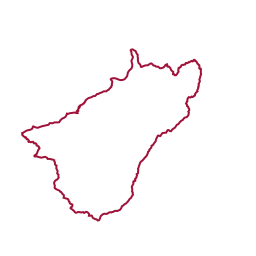 Chiang Klang, Nan, Thailand, rotated 324°
{"feature_id": "78962969B24859706501425", "entity_name": "Chiang Klang", "entity_type": "district", "adm_level": 2, "iso_a3": "THA", "parent_name": "Thailand", "parent_adm1": "Nan", "projection": "albers", "projection_center": [100.906, 19.299], "detail": "fine", "context": "isolated", "style": "outline", "palette": "rose", "viewbox_px": 256, "rotation_deg": 324, "n_neighbors": 0, "source": "geoboundaries", "source_scale": "gbopen_adm2", "svg_char_len": 5752}
<svg xmlns="http://www.w3.org/2000/svg" viewBox="0 0 256 256"><g transform="rotate(324 128 128)"><path d="M197.0,99.3L195.0,99.1L193.8,99.7L191.7,99.8L189.7,99.0L188.9,98.3L188.5,96.3L186.8,94.8L186.3,93.3L185.4,92.5L185.1,90.2L184.7,89.4L183.9,89.0L180.9,88.9L178.9,87.6L177.0,87.0L175.1,86.7L174.5,86.3L174.4,85.8L174.9,85.0L175.1,83.9L175.1,83.2L174.8,82.2L174.8,81.4L175.8,79.0L177.3,77.0L177.8,75.8L178.9,74.5L178.7,73.0L179.3,70.7L179.3,70.0L178.4,68.5L178.1,67.3L177.8,67.0L176.8,66.5L175.9,66.6L175.7,66.9L175.4,68.6L174.3,70.4L174.0,71.2L173.9,73.0L173.5,73.8L170.7,75.4L170.1,75.8L168.9,79.0L167.7,80.6L165.8,81.9L162.9,82.2L160.6,83.0L158.3,85.1L157.1,85.8L153.9,86.5L152.9,86.3L151.0,85.5L149.8,84.6L147.0,80.4L145.3,79.0L143.3,78.2L142.8,78.3L142.6,78.6L142.7,81.0L142.3,81.6L140.7,83.0L140.0,84.1L139.2,84.3L138.6,85.0L137.6,85.0L136.9,85.3L136.1,85.3L135.1,85.7L133.1,85.4L132.2,85.6L129.7,84.0L127.7,83.8L125.5,83.1L124.3,83.1L123.0,82.3L120.4,82.8L118.5,81.8L116.1,81.5L114.1,80.7L112.5,80.5L109.9,80.7L109.5,81.2L108.9,81.3L108.7,81.6L108.0,81.6L107.5,82.0L106.8,81.9L106.6,82.2L105.9,82.0L104.7,82.2L103.7,81.7L103.2,81.7L101.9,82.3L101.8,82.0L101.6,82.2L101.4,82.1L101.2,82.4L100.8,82.1L100.7,82.4L99.9,82.5L99.7,82.9L99.8,83.2L99.1,83.3L98.3,84.1L98.0,83.9L97.7,84.2L97.2,84.1L96.5,84.3L96.6,84.7L97.2,85.2L96.0,85.6L95.9,86.2L94.9,85.5L94.2,84.4L93.5,83.9L89.7,81.9L88.3,81.5L88.0,81.2L87.5,81.2L87.0,80.5L85.5,81.6L84.5,82.0L84.2,82.2L81.8,82.1L80.5,81.7L77.9,82.0L76.0,82.8L75.4,82.8L71.7,80.2L69.9,79.9L67.7,78.1L67.1,78.1L65.9,78.7L65.4,78.6L59.4,76.0L55.2,74.8L54.2,73.9L53.5,73.0L52.3,71.0L51.9,71.0L50.4,72.1L49.6,72.3L48.1,72.0L44.5,70.5L40.8,70.2L39.3,69.9L39.2,70.9L38.4,71.4L38.3,71.8L38.8,73.5L39.0,74.9L39.8,75.2L39.9,75.5L39.9,76.1L39.5,76.6L39.5,77.5L40.1,77.8L40.4,78.5L40.4,79.7L39.5,80.2L39.5,81.0L40.3,81.4L41.1,82.5L42.0,82.7L43.0,83.3L42.9,83.9L43.2,84.3L42.9,84.7L42.9,85.1L44.2,86.1L44.5,86.7L43.8,88.4L44.3,88.7L44.4,89.5L44.9,90.5L44.5,91.3L44.6,92.2L44.3,92.6L43.1,92.8L41.8,93.4L39.0,95.3L36.3,95.3L35.8,95.6L35.7,96.0L36.1,96.5L37.6,97.3L37.9,98.0L39.0,99.5L39.8,100.2L40.3,101.0L44.0,102.6L45.0,104.5L44.8,105.5L44.8,105.8L47.1,107.5L47.6,108.5L48.4,109.1L49.1,110.1L49.4,110.8L48.8,111.5L48.8,112.5L47.6,114.5L47.6,115.3L48.1,116.4L47.4,117.0L47.0,117.7L46.2,118.6L46.1,119.9L45.6,121.7L44.0,123.1L44.3,125.0L43.8,125.4L43.0,126.5L42.8,127.4L40.8,128.0L40.2,128.1L39.7,127.8L38.0,127.9L36.2,128.7L35.8,129.1L34.8,131.8L33.5,133.2L33.4,133.8L33.8,134.5L33.9,135.3L35.8,138.5L35.7,139.8L36.2,140.3L36.3,140.9L36.2,142.9L36.6,144.0L36.6,144.8L35.3,146.3L34.9,146.6L37.4,149.8L37.7,150.6L37.6,151.3L37.1,152.2L37.3,153.5L36.8,154.0L36.7,154.5L36.9,155.5L37.9,156.9L37.9,157.5L37.2,158.3L36.0,158.9L35.4,158.6L34.8,158.7L34.3,159.2L35.1,161.3L35.2,162.3L35.6,163.1L35.5,164.4L35.6,165.1L36.0,165.9L36.4,166.2L38.5,166.7L40.6,168.9L42.2,169.6L42.3,169.8L42.4,170.6L42.7,171.0L44.7,171.1L45.5,172.0L45.9,173.3L46.0,174.6L45.6,175.3L44.8,176.0L45.7,176.7L46.9,177.2L47.2,177.6L46.8,179.7L46.8,180.3L47.9,182.4L49.0,183.6L49.1,185.0L50.0,185.5L50.8,185.5L54.3,183.2L57.1,183.0L58.7,183.6L60.4,185.1L63.4,185.3L64.0,185.6L64.8,186.5L65.9,186.7L66.7,187.2L68.1,187.2L69.3,187.7L70.4,188.8L73.6,189.5L76.0,188.6L77.0,187.7L78.6,187.9L80.3,187.6L81.9,187.9L85.1,187.3L87.6,186.4L89.8,186.2L90.8,185.5L92.8,184.9L93.0,184.6L93.2,183.7L94.0,182.9L94.0,181.7L95.4,180.2L96.2,178.3L96.6,177.7L99.5,176.3L99.9,175.9L100.3,175.1L100.8,174.5L101.1,174.4L102.0,174.9L102.9,175.0L103.1,174.7L103.1,174.0L103.8,173.8L104.1,173.2L105.5,173.2L106.2,172.4L107.3,171.8L107.9,170.4L108.4,170.4L109.1,170.6L109.7,170.3L110.7,168.9L111.4,168.4L112.2,166.8L112.9,166.5L114.9,164.9L115.8,164.5L116.6,163.7L118.4,162.8L120.5,162.8L123.2,162.2L124.2,161.8L125.2,161.9L125.7,161.6L126.7,161.5L127.5,160.9L128.9,160.3L130.3,159.0L131.5,159.0L132.3,158.6L132.5,158.1L135.0,157.6L136.3,156.8L136.6,156.2L138.7,156.4L139.8,155.7L142.4,155.1L144.0,153.7L147.3,151.9L147.7,151.8L148.2,152.0L149.1,153.3L149.4,153.5L152.5,152.4L153.2,152.4L156.1,154.2L158.5,153.1L159.0,153.1L159.7,153.6L160.0,154.9L160.9,155.9L163.0,155.2L166.3,155.3L169.4,154.1L170.8,154.4L171.8,154.3L173.1,153.7L174.3,153.7L174.9,153.4L177.1,153.7L178.1,153.3L179.7,152.9L181.2,153.5L181.8,153.5L182.4,153.7L183.3,153.5L185.0,152.7L185.6,151.9L186.2,151.5L186.4,150.2L187.9,149.7L188.7,148.5L188.8,148.1L188.7,147.0L189.2,146.0L188.7,145.0L189.3,144.0L189.3,142.3L189.9,142.0L190.5,142.0L191.1,141.2L192.1,141.0L192.5,140.2L193.3,139.4L194.5,138.9L195.4,138.8L195.6,139.2L196.1,139.6L196.3,140.0L197.1,140.0L197.5,140.2L198.1,140.1L198.4,140.8L198.6,141.0L200.2,140.9L200.7,141.1L201.2,141.0L201.9,140.5L202.1,140.0L203.7,139.4L205.8,139.2L206.0,138.3L207.0,137.7L208.0,137.3L208.6,136.4L209.1,136.3L209.2,135.8L209.9,135.5L210.4,135.1L210.9,133.9L211.7,133.7L212.9,132.8L213.6,132.5L214.2,130.7L215.1,130.3L215.6,129.7L217.0,128.8L217.7,128.0L218.7,127.6L219.3,126.2L221.6,123.2L221.7,122.6L220.8,122.2L220.7,121.7L222.0,120.1L222.6,119.1L222.2,118.1L222.2,117.3L222.0,116.9L222.2,116.4L222.1,115.8L222.4,114.9L222.2,114.4L222.3,114.0L221.8,113.5L222.0,112.1L221.6,111.7L221.0,111.7L220.3,112.2L219.6,112.1L219.3,112.0L219.2,111.3L218.9,111.1L217.8,110.9L216.4,110.9L216.0,110.4L214.3,110.5L212.9,109.4L212.1,110.0L211.3,110.1L210.9,109.7L210.1,109.7L209.5,109.1L209.0,108.9L208.1,108.7L206.4,109.6L206.0,109.4L205.3,109.6L204.6,109.2L204.2,109.2L204.0,109.8L203.3,110.0L202.6,110.8L202.0,112.2L200.8,112.4L200.0,113.0L197.9,113.5L196.9,112.9L197.0,111.8L196.3,111.4L196.0,111.0L197.6,109.1L196.9,106.9L197.5,104.4L197.3,103.5L197.3,102.5L197.0,102.2L196.4,102.0L196.0,101.1L196.2,100.7L196.8,100.2L197.0,99.3Z" fill="none" stroke="#9f1239" stroke-width="2"/></g></svg>